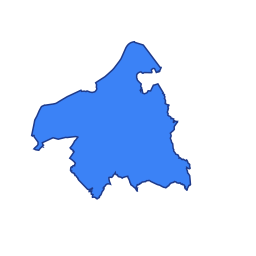 the district of Atoyac, Jalisco, Mexico, rotated 34°
{"feature_id": "50627088B59976990100146", "entity_name": "Atoyac", "entity_type": "district", "adm_level": 2, "iso_a3": "MEX", "parent_name": "Mexico", "parent_adm1": "Jalisco", "projection": "robinson", "projection_center": [-103.437, 20.007], "detail": "fine", "context": "isolated", "style": "filled", "palette": "blue", "viewbox_px": 256, "rotation_deg": 34, "n_neighbors": 0, "source": "geoboundaries", "source_scale": "gbopen_adm2", "svg_char_len": 5836}
<svg xmlns="http://www.w3.org/2000/svg" viewBox="0 0 256 256"><g transform="rotate(34 128 128)"><path d="M47.3,175.9L52.3,188.0L52.6,187.8L53.2,188.1L53.5,187.3L54.3,186.8L54.9,187.7L61.3,190.0L62.7,192.1L62.6,193.5L61.8,196.8L61.7,197.9L62.3,197.7L63.0,197.8L63.8,197.6L66.5,196.3L66.6,193.9L67.1,191.8L67.3,191.3L67.7,191.2L67.2,191.0L67.5,189.5L66.8,189.5L65.2,188.1L71.3,178.0L76.4,176.3L81.6,170.6L83.1,169.8L84.4,168.6L89.3,164.4L91.4,163.5L91.6,163.6L91.3,167.7L91.1,168.1L91.0,169.1L91.3,170.1L91.4,174.2L91.0,177.3L91.1,177.1L93.0,177.1L93.0,177.3L95.3,177.2L95.4,177.9L96.6,178.0L96.6,185.6L99.4,185.7L101.9,186.0L104.0,186.6L104.3,188.4L104.7,188.9L104.8,189.1L104.3,189.3L103.5,190.1L103.6,191.8L102.8,191.9L102.8,193.0L104.0,195.2L105.2,195.1L105.1,195.8L106.8,196.2L107.7,195.9L108.0,195.7L109.0,195.7L109.0,196.1L109.5,196.2L110.4,196.7L110.6,197.0L111.1,196.7L111.7,196.8L112.3,196.9L112.9,197.3L114.6,197.6L114.7,198.0L116.2,198.7L128.7,201.4L129.5,201.2L130.3,200.7L131.1,199.7L131.8,198.4L131.9,197.8L132.2,197.8L132.4,198.1L132.4,198.4L131.0,201.7L131.3,202.4L132.3,201.6L132.8,200.9L133.2,200.7L133.2,201.2L133.6,202.2L134.7,203.4L135.6,202.8L135.9,202.7L136.2,202.7L136.5,204.1L136.8,204.7L137.3,205.3L138.3,204.4L139.5,203.9L140.6,203.8L141.0,204.2L141.8,204.1L142.3,203.7L142.2,203.3L143.0,201.9L143.0,201.3L142.8,200.9L142.6,200.9L142.5,200.6L142.9,198.6L142.7,197.4L142.2,195.5L142.3,192.6L141.8,191.2L141.5,190.9L141.2,191.0L141.0,191.3L140.9,191.1L141.5,188.8L141.4,187.7L142.1,185.9L142.6,185.6L142.8,185.3L143.7,184.9L144.0,184.6L144.9,184.4L144.0,183.7L143.1,183.2L140.7,181.0L139.9,179.7L140.0,179.6L140.5,179.2L140.7,178.7L141.6,178.4L142.1,178.0L142.2,177.6L142.4,176.1L142.1,175.2L142.4,174.5L142.5,172.2L142.9,172.7L143.3,173.1L143.9,173.1L144.2,173.3L144.6,173.3L145.0,173.1L145.1,172.8L145.7,173.0L147.0,173.7L148.1,173.4L148.6,173.1L149.8,172.7L151.2,172.8L151.3,172.2L153.3,169.6L154.8,168.2L155.5,168.9L158.2,170.4L160.3,172.2L161.4,172.7L162.0,173.4L163.7,173.5L164.1,173.4L165.5,173.7L167.3,173.8L168.5,174.2L170.3,175.1L170.5,175.1L170.1,174.4L170.3,174.4L170.1,174.2L170.0,173.6L169.6,173.3L169.4,172.6L169.2,172.8L168.5,172.9L167.8,172.1L167.7,170.6L167.6,170.2L167.7,169.9L167.5,169.7L168.1,169.2L168.3,169.3L168.4,169.1L168.4,168.8L168.8,168.5L168.9,168.2L168.8,167.6L169.2,167.5L169.3,166.9L169.5,166.8L169.8,165.8L170.0,164.8L170.6,164.4L171.8,163.2L172.4,162.8L172.6,162.6L172.8,161.3L174.2,160.4L174.5,159.9L175.2,159.5L176.6,159.6L183.7,158.5L185.2,158.1L186.0,157.7L189.4,157.4L191.0,157.1L192.5,156.3L192.8,156.4L193.3,155.3L193.2,154.3L193.7,153.8L194.1,152.9L193.9,152.1L194.2,150.7L194.1,150.3L195.3,148.4L195.6,148.3L196.2,147.5L196.4,146.6L196.6,146.7L197.6,145.9L199.2,146.1L201.2,145.2L201.7,144.5L202.2,144.3L202.7,144.7L203.2,144.8L203.9,144.6L204.1,144.2L204.5,144.3L204.6,144.1L204.8,144.1L205.0,144.4L205.3,144.2L205.9,143.9L207.0,144.1L207.0,144.3L207.5,144.7L207.9,144.7L207.9,145.0L208.1,145.1L208.3,145.5L208.5,145.3L208.6,145.8L209.0,145.9L209.2,146.1L209.7,146.4L210.2,146.1L210.4,146.1L210.8,146.4L211.0,146.3L211.3,146.5L211.7,147.1L211.5,145.8L210.9,144.6L211.0,144.0L210.8,143.3L210.8,142.6L210.6,141.7L210.8,141.5L210.8,141.2L211.2,141.0L211.4,140.7L211.3,140.2L211.4,139.9L211.0,139.5L211.0,139.4L205.8,133.0L203.4,132.0L202.6,131.9L201.2,130.4L199.2,129.0L199.0,128.3L198.7,127.9L200.4,127.8L201.5,127.6L201.9,127.2L202.0,126.6L200.4,125.2L199.7,123.9L199.1,123.6L197.9,123.6L197.3,123.4L195.3,122.0L194.5,121.7L194.2,122.6L194.4,122.6L194.1,122.8L193.9,122.7L193.7,122.8L192.2,123.0L191.6,122.9L191.5,123.1L191.2,123.2L190.9,123.6L190.6,123.5L190.2,124.0L188.6,123.6L187.4,124.2L187.5,123.7L187.1,123.8L185.6,123.1L185.2,122.6L184.6,122.4L183.5,122.6L182.3,123.0L180.8,122.2L178.8,121.6L177.9,120.2L177.0,119.9L173.9,116.1L173.3,115.8L172.4,115.7L170.9,114.3L169.0,113.0L168.8,112.7L168.2,110.4L166.3,108.7L166.0,108.6L166.6,106.1L166.9,105.2L167.1,103.9L167.1,103.2L166.8,102.8L166.3,102.2L165.7,101.3L165.5,100.5L165.6,96.7L165.5,96.4L165.8,95.7L165.4,94.9L164.7,95.7L164.1,95.5L163.4,95.9L162.7,97.9L162.4,97.9L162.2,97.6L162.0,95.9L161.1,95.9L160.8,95.5L160.7,95.0L160.2,95.2L159.5,95.2L159.0,95.5L158.5,96.1L157.7,95.2L157.1,95.0L155.8,95.0L154.9,95.2L153.9,95.1L153.2,93.6L152.6,93.3L152.2,93.3L151.7,92.8L151.4,91.9L151.0,90.3L150.5,90.2L150.6,89.3L150.4,88.9L149.5,88.5L149.1,88.1L149.4,86.7L149.1,86.1L148.8,86.1L147.8,86.7L145.1,86.9L144.7,86.3L144.7,85.5L144.2,85.2L143.6,84.1L142.9,83.8L142.2,83.2L141.7,83.2L141.3,81.8L141.0,81.4L140.3,81.1L140.0,80.8L139.6,80.7L139.6,80.0L139.1,79.9L137.5,79.9L137.5,79.1L128.1,74.7L126.0,77.4L125.1,78.3L126.0,84.6L123.9,85.9L123.9,86.9L124.1,87.4L124.0,88.1L123.6,88.9L122.4,90.5L120.8,90.8L120.5,90.6L118.4,88.5L117.5,90.0L117.7,90.3L117.1,90.0L116.9,88.5L117.1,87.2L115.4,86.6L114.3,84.1L112.9,83.9L111.3,83.6L109.2,83.1L108.3,82.5L107.9,82.0L107.2,81.7L105.6,79.3L105.4,78.6L105.5,77.2L106.2,75.5L107.2,74.4L107.8,74.2L108.6,74.4L109.5,74.4L109.9,74.1L110.5,72.9L116.7,68.9L116.7,68.5L116.5,68.2L115.3,67.3L114.8,66.5L115.5,64.6L116.8,63.9L120.4,66.1L120.7,65.4L121.0,65.4L121.4,64.7L121.8,64.4L122.0,64.4L122.4,63.7L121.7,63.6L122.3,62.7L121.7,59.5L121.6,59.3L120.7,59.8L120.1,59.6L100.5,52.8L94.4,50.7L94.1,50.7L85.8,53.2L85.1,52.9L84.1,53.8L82.8,55.4L82.0,57.0L81.5,58.6L81.3,60.7L81.4,62.7L82.9,70.9L83.5,74.5L83.5,77.5L83.0,86.2L82.7,88.4L81.2,94.6L80.2,98.4L76.5,107.0L75.9,108.6L77.7,109.6L79.0,112.0L79.7,112.4L80.3,113.1L80.5,113.9L80.5,114.8L80.3,116.3L80.1,116.7L78.4,118.6L76.4,119.5L75.3,119.7L73.3,120.2L72.9,121.2L70.9,122.0L70.5,122.5L69.0,123.6L67.9,123.0L60.1,136.0L56.8,142.9L54.9,147.1L54.3,148.1L52.5,150.0L46.7,155.3L46.1,155.6L44.8,157.7L44.5,158.2L44.3,159.1L44.7,163.0L45.8,169.0L46.2,173.2L46.6,174.4L47.3,175.9Z" fill="#3b82f6" stroke="#1e3a8a" stroke-width="1.5"/></g></svg>